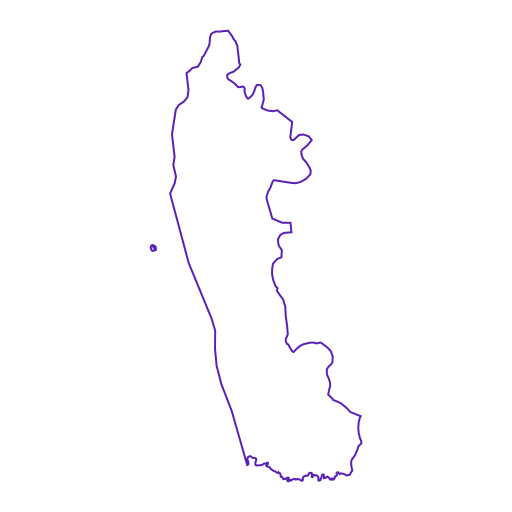 Tartous, Tartus, Syria
{"feature_id": "27442178B78381061793998", "entity_name": "Tartous", "entity_type": "district", "adm_level": 2, "iso_a3": "SYR", "parent_name": "Syria", "parent_adm1": "Tartus", "projection": "equal_earth", "projection_center": [36.016, 34.849], "detail": "fine", "context": "isolated", "style": "outline", "palette": "violet", "viewbox_px": 512, "rotation_deg": 0, "n_neighbors": 0, "source": "geoboundaries", "source_scale": "gbopen_adm2", "svg_char_len": 5998}
<svg xmlns="http://www.w3.org/2000/svg" viewBox="0 0 512 512"><path d="M360.7,416.2L350.7,412.2L349.7,411.4L346.9,408.2L340.9,403.3L336.9,401.4L333.3,400.0L332.1,398.3L328.2,394.6L329.1,390.0L330.2,385.9L330.0,382.4L328.7,378.3L326.9,374.5L326.8,369.2L328.7,366.5L331.3,364.2L332.5,361.7L332.7,356.3L330.6,350.8L328.3,348.4L325.6,346.1L321.0,342.7L320.0,342.6L316.5,343.4L313.9,342.6L310.5,342.6L303.8,344.1L300.0,345.9L296.7,348.7L293.6,352.0L292.4,351.4L289.7,347.3L288.3,344.5L286.7,343.7L285.7,340.5L285.9,338.5L286.8,337.0L287.8,334.2L287.1,325.8L285.7,315.7L285.3,306.7L283.1,299.4L280.8,296.4L276.8,290.6L277.6,288.2L275.6,286.3L273.3,280.3L272.1,274.6L272.1,269.2L273.0,263.6L277.3,258.9L281.4,257.4L281.8,250.1L278.7,245.5L278.0,241.0L278.0,239.2L280.3,234.9L283.9,232.9L291.4,232.3L290.5,222.8L288.4,222.8L282.1,222.7L277.5,220.8L272.3,218.5L266.5,198.5L266.6,196.3L268.1,191.7L270.2,188.0L272.7,181.5L273.9,180.2L291.4,182.9L296.0,183.2L300.6,181.9L305.8,179.0L310.3,174.4L310.8,170.9L309.4,167.3L306.2,162.3L303.0,158.7L301.5,154.7L301.3,151.4L302.0,149.9L307.5,145.3L311.7,140.2L310.4,138.3L308.8,136.4L306.0,135.4L303.4,134.5L301.3,134.8L299.5,134.8L298.5,135.5L295.2,138.6L293.4,140.1L291.8,139.9L291.0,139.3L290.3,137.4L292.2,122.0L277.2,110.3L273.5,111.2L268.3,110.7L263.8,109.0L261.6,107.7L263.8,99.5L263.1,92.2L262.3,87.9L260.7,85.3L258.5,84.9L256.9,85.0L255.5,87.1L254.2,91.3L252.3,95.2L249.3,98.0L248.2,98.7L247.2,97.9L245.9,95.9L244.7,92.5L244.5,90.4L244.8,89.1L243.9,87.0L242.6,86.5L241.2,86.9L239.8,87.1L238.1,87.1L234.7,83.6L231.1,80.9L228.5,79.4L227.6,78.4L227.2,76.7L227.3,74.8L229.5,73.2L233.8,71.6L236.2,69.5L238.7,67.5L240.3,64.8L239.1,62.7L238.8,58.4L237.3,45.9L236.5,44.0L235.6,41.4L233.6,39.1L232.2,36.3L228.1,30.7L228.0,30.8L222.5,31.2L220.3,31.6L216.1,31.5L212.5,32.9L210.8,34.5L210.0,38.1L209.5,43.8L208.7,46.4L203.7,56.0L202.4,56.9L200.7,62.1L197.8,66.7L192.3,68.0L189.6,70.8L186.5,73.1L188.5,90.1L187.5,97.2L183.9,101.6L178.9,104.9L175.8,109.7L172.0,134.4L174.6,156.8L173.3,165.0L176.0,176.6L174.7,183.2L170.1,193.6L188.7,263.0L211.6,318.6L215.2,330.7L215.0,348.7L216.6,365.7L221.4,384.3L231.7,410.9L247.2,465.0L247.4,465.0L247.9,464.7L248.3,464.1L248.4,463.2L248.3,462.4L247.9,460.8L247.3,459.9L247.4,458.5L247.9,457.3L248.5,456.9L248.9,456.6L249.6,456.2L250.3,456.2L250.9,456.4L251.3,456.8L251.8,457.3L252.5,457.8L253.4,457.9L254.2,457.9L256.0,458.5L256.2,459.1L256.2,460.0L256.0,461.0L255.5,462.3L255.3,463.0L255.4,464.5L255.5,464.9L256.0,465.3L256.7,465.4L257.5,465.4L258.7,465.3L259.7,465.2L260.3,465.3L261.8,465.0L263.0,464.3L263.5,463.9L264.3,463.5L265.4,463.5L265.9,463.3L266.4,463.3L266.9,463.1L267.0,462.8L267.6,462.6L267.9,462.9L268.0,463.2L268.0,463.6L267.6,464.0L267.4,464.6L266.9,464.8L266.4,464.9L266.3,465.5L266.6,466.3L267.3,466.6L268.2,466.6L268.7,466.8L269.3,467.1L269.8,467.6L270.6,468.8L271.5,469.4L272.5,470.2L273.1,470.5L274.0,471.1L274.9,471.3L276.1,472.1L276.5,472.4L277.9,473.1L278.1,472.7L278.4,472.2L279.2,472.9L280.1,473.3L280.3,473.7L280.4,474.9L280.9,475.9L281.2,476.3L281.1,476.5L280.9,476.8L281.1,476.9L281.5,476.9L282.1,477.1L282.4,477.4L282.8,477.9L283.0,478.6L283.2,478.9L283.7,479.2L284.2,479.1L285.5,478.9L286.3,478.1L288.2,477.5L288.6,477.8L288.6,478.3L287.7,479.5L287.4,479.8L287.3,480.2L287.3,480.8L287.7,481.1L288.3,481.3L288.8,481.2L289.2,480.7L289.6,480.0L290.2,479.8L290.6,480.2L290.7,480.5L291.3,480.4L291.6,480.0L292.2,479.6L294.2,478.9L294.9,478.8L295.3,479.1L295.6,479.6L296.0,479.6L296.5,479.4L297.1,478.9L297.5,479.0L298.1,479.2L298.6,479.2L300.4,480.0L301.1,480.5L301.5,480.7L302.0,480.8L302.5,480.6L302.6,480.1L303.0,479.6L302.8,479.1L302.8,478.9L302.6,478.6L302.6,478.3L302.7,478.1L303.0,477.7L303.3,477.3L303.7,476.5L303.9,476.3L304.7,476.3L305.2,476.0L305.7,475.5L306.6,475.6L307.0,475.8L307.8,475.7L308.1,475.3L308.7,474.2L308.8,473.6L309.0,473.2L309.6,472.9L310.3,472.8L310.8,472.8L311.4,472.9L311.8,473.2L312.0,473.8L311.7,474.1L311.9,474.7L311.9,475.4L311.9,476.2L311.9,476.7L311.9,477.0L312.3,477.2L312.6,477.1L312.6,476.8L312.7,475.9L313.1,475.1L314.3,475.0L314.8,475.3L315.4,475.6L316.1,475.4L316.8,475.5L317.4,475.9L317.7,476.4L318.1,476.8L318.5,477.5L318.6,477.9L318.3,479.2L318.3,479.8L318.3,480.2L318.7,480.7L319.1,480.7L319.9,480.3L320.4,480.2L320.5,480.0L320.5,479.5L321.2,477.9L322.0,475.4L322.3,474.6L322.9,474.4L323.7,474.6L323.7,475.3L323.8,476.0L324.0,476.7L323.9,477.8L323.9,478.2L324.2,478.2L324.5,478.1L324.9,478.0L325.6,478.0L326.4,477.0L327.6,476.6L328.2,477.1L328.6,477.4L329.1,477.9L329.8,479.1L330.1,479.5L330.7,479.7L331.1,479.7L331.2,478.9L331.4,478.6L331.9,478.5L332.4,478.6L332.9,479.6L333.5,479.6L334.7,478.2L334.8,477.8L334.5,477.1L334.8,476.6L335.9,476.2L336.9,475.4L336.9,474.8L336.6,474.4L336.5,473.7L336.7,472.9L337.1,472.4L338.1,472.2L338.5,472.5L339.0,473.5L339.6,474.1L340.0,473.9L341.0,473.3L341.7,473.5L342.8,473.8L343.6,473.9L344.8,474.3L345.7,475.0L346.5,475.3L347.4,475.3L348.5,475.0L349.4,475.0L349.6,474.8L350.2,473.9L350.9,472.7L351.1,472.2L351.8,471.2L352.3,470.7L352.1,470.0L351.3,465.6L351.2,463.5L351.2,461.6L351.9,459.4L355.0,455.3L355.8,453.2L357.5,449.5L358.2,446.7L359.5,445.1L361.3,443.6L361.3,441.3L359.9,438.0L358.7,433.0L358.3,428.2L358.3,427.0L358.7,422.1L359.9,417.7L360.7,416.2ZM152.7,245.1L151.8,245.3L151.4,245.5L151.2,245.9L151.1,246.3L151.0,246.5L150.9,246.7L150.8,247.0L150.7,247.2L150.7,247.5L150.7,247.8L150.8,248.1L151.0,248.5L151.1,249.1L151.2,249.5L151.4,250.0L151.6,250.1L151.9,250.2L152.1,250.3L152.3,250.4L152.4,250.6L152.5,250.9L154.1,250.6L155.7,250.1L155.6,249.3L155.8,248.8L155.9,248.4L156.0,248.2L155.8,248.1L155.4,248.5L154.8,248.6L154.5,248.6L154.4,248.6L154.2,248.4L154.1,248.2L154.0,247.9L154.0,247.6L154.0,247.4L154.2,247.2L154.3,247.0L153.8,247.0L153.5,247.0L153.1,246.7L152.8,246.5L152.7,246.2L152.5,245.8L152.6,245.6L152.7,245.4L153.0,245.6L153.9,246.0L154.7,246.3L155.0,246.6L155.4,247.4L155.5,247.4L155.5,247.0L155.4,246.5L155.1,246.2L154.1,245.7L152.7,245.1Z" fill="none" stroke="#5b21b6" stroke-width="2"/></svg>